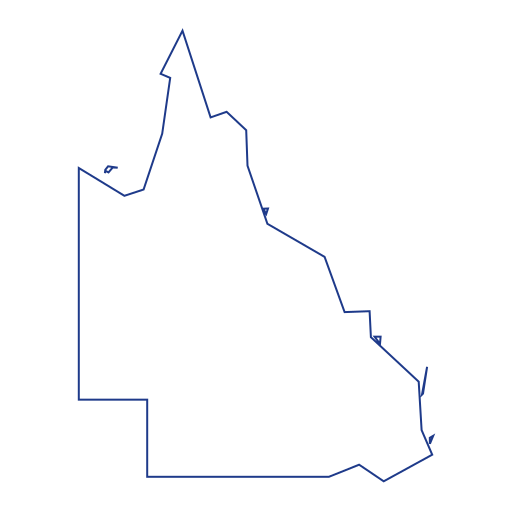 outline of Queensland
{"feature_id": "AUS-2657", "entity_name": "Queensland", "entity_type": "State", "adm_level": 1, "iso_a3": "AUS", "parent_name": "Australia", "parent_adm1": "", "projection": "mercator", "projection_center": [147.106, -19.205], "detail": "coarse", "context": "isolated", "style": "outline", "palette": "blue", "viewbox_px": 512, "rotation_deg": 0, "n_neighbors": 0, "source": "natural_earth", "source_scale": "10m", "svg_char_len": 726}
<svg xmlns="http://www.w3.org/2000/svg" viewBox="0 0 512 512"><path d="M78.8,168.0L124.4,195.8L143.6,189.5L162.2,133.7L170.2,77.9L160.6,73.8L182.5,30.7L210.6,117.4L226.6,111.8L246.2,130.2L247.5,165.7L267.4,223.8L324.6,256.9L344.6,312.1L369.6,311.2L370.9,337.2L418.7,381.7L421.6,430.1L432.2,454.7L383.7,481.3L359.1,464.7L328.9,476.8L147.2,476.8L147.2,399.7L78.8,399.7L78.8,168.0ZM427.1,366.8L423.0,393.6L422.0,394.6L427.1,366.8ZM108.1,166.3L117.7,167.7L112.7,167.5L108.5,172.4L105.6,170.9L104.9,173.1L105.3,169.8L108.1,166.3ZM380.6,336.7L380.0,343.9L374.6,336.7L380.6,336.7ZM268.0,208.5L266.2,214.0L263.4,208.7L268.0,208.5ZM429.8,437.8L433.2,435.8L429.9,443.8L429.8,437.8Z" fill="none" stroke="#1e3a8a" stroke-width="2"/></svg>